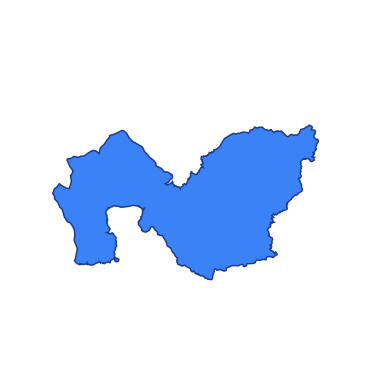 outline of Minahasa Selatan, Sulawesi Utara, Indonesia, rotated 233°
{"feature_id": "22746128B98133955192071", "entity_name": "Minahasa Selatan", "entity_type": "district", "adm_level": 2, "iso_a3": "IDN", "parent_name": "Indonesia", "parent_adm1": "Sulawesi Utara", "projection": "mercator", "projection_center": [124.506, 1.071], "detail": "fine", "context": "isolated", "style": "filled", "palette": "blue", "viewbox_px": 384, "rotation_deg": 233, "n_neighbors": 0, "source": "geoboundaries", "source_scale": "gbopen_adm2", "svg_char_len": 6077}
<svg xmlns="http://www.w3.org/2000/svg" viewBox="0 0 384 384"><g transform="rotate(233 192 192)"><path d="M150.1,312.9L151.5,317.2L152.3,317.3L152.4,316.9L153.9,318.5L154.4,319.9L155.6,320.5L155.7,322.0L156.7,323.7L158.4,324.1L159.3,322.9L161.3,322.4L162.9,322.6L164.3,324.0L164.4,325.5L165.3,325.5L166.2,327.2L167.4,327.2L169.9,324.8L171.3,327.2L173.6,326.6L174.9,325.8L174.7,323.5L175.3,322.0L175.0,319.9L176.4,316.7L176.2,315.8L175.5,315.4L175.4,314.2L174.3,313.1L174.3,309.6L175.5,308.8L176.1,307.3L178.1,306.2L178.5,305.0L178.3,302.0L179.5,301.2L186.7,300.1L188.2,297.6L189.4,297.4L190.5,293.0L194.3,292.7L195.0,290.0L196.1,289.6L197.7,287.9L201.5,287.1L203.4,284.5L204.0,282.3L206.0,281.4L205.2,277.2L206.1,276.6L206.4,275.5L205.1,274.0L205.2,272.9L208.6,269.5L209.6,267.8L210.3,265.1L211.4,263.7L211.7,262.0L213.7,260.7L214.5,257.3L215.1,250.1L211.7,241.4L211.4,237.9L212.1,235.3L212.6,234.9L211.2,233.6L211.6,232.4L211.3,231.8L212.0,231.7L211.5,231.0L213.2,229.7L211.9,227.7L212.3,226.4L211.8,226.0L211.7,225.2L212.5,225.0L213.1,222.8L213.8,223.0L213.8,222.0L214.6,220.8L212.7,218.9L211.9,218.9L211.3,219.6L210.5,218.6L208.7,218.3L208.4,217.4L208.0,217.7L207.8,217.2L208.3,215.5L205.1,215.5L205.8,215.1L206.0,213.3L205.1,211.7L205.1,210.6L204.2,210.4L203.8,209.7L204.2,208.2L203.3,207.4L203.4,205.7L206.8,203.5L208.3,204.0L208.7,203.6L207.5,201.8L205.4,200.3L204.9,198.7L204.1,198.6L204.1,197.9L205.0,196.9L203.9,195.9L201.5,192.0L201.5,191.4L203.1,191.1L203.4,189.3L202.0,188.2L202.5,185.8L201.7,184.6L202.9,184.9L204.0,184.6L205.2,183.0L206.5,182.9L207.1,181.6L207.4,182.3L210.5,181.3L210.9,182.2L212.2,182.6L211.4,180.2L212.0,179.0L212.2,176.7L214.6,175.6L214.0,179.0L215.2,182.2L214.7,184.1L215.7,185.4L218.0,186.5L222.6,184.5L224.7,182.0L229.4,181.7L234.6,178.9L236.4,180.3L237.8,180.5L240.6,180.3L245.6,178.9L247.5,179.1L253.3,178.4L255.3,179.1L258.2,179.3L268.4,174.9L273.1,174.5L278.6,175.1L282.1,174.3L283.3,173.1L284.6,165.8L286.7,160.2L285.7,159.5L285.2,158.5L284.9,156.3L282.9,150.5L282.7,147.2L282.0,144.8L278.6,140.9L281.6,140.4L283.5,139.4L284.9,137.8L285.6,133.4L285.7,127.4L287.4,124.9L288.1,122.0L291.5,119.2L291.6,115.7L293.3,112.3L292.8,111.4L285.0,109.7L281.0,109.8L279.4,108.4L278.1,104.8L273.2,102.2L269.5,97.4L268.7,95.9L270.3,94.2L275.0,91.9L278.5,91.0L277.1,86.7L277.4,84.2L274.6,79.9L271.5,79.7L269.1,78.1L264.4,78.6L259.5,77.3L255.9,77.9L249.0,75.1L246.2,74.8L243.0,74.6L241.8,75.6L239.8,76.3L233.3,75.6L228.6,72.9L224.3,68.8L215.8,66.4L209.2,59.2L207.8,56.8L204.2,57.0L202.0,58.4L202.0,58.0L201.5,58.9L202.1,59.4L201.0,59.9L201.2,60.3L199.5,61.6L198.4,64.0L197.6,64.4L197.7,64.9L198.1,64.9L198.4,65.4L197.2,64.9L197.2,65.6L195.8,66.2L193.5,68.3L192.8,72.3L193.1,72.8L192.2,74.1L192.3,75.8L190.9,76.1L191.6,76.5L188.5,77.9L188.4,78.7L187.6,78.8L187.0,82.2L185.9,83.5L184.9,83.8L184.9,84.3L186.4,86.0L185.7,88.8L186.2,91.3L186.9,91.1L189.0,93.0L190.9,93.7L192.5,96.5L193.8,97.6L194.0,98.9L195.3,100.0L196.9,100.4L197.1,101.1L198.5,102.1L199.8,102.3L201.6,104.0L203.9,103.5L206.2,104.1L207.4,103.6L208.0,101.1L208.5,101.2L209.9,99.8L211.0,99.5L210.2,100.9L211.7,104.4L215.9,104.5L219.1,105.7L219.2,105.3L219.3,106.6L219.7,106.9L220.2,107.2L221.3,106.6L220.7,107.5L220.9,108.1L223.5,109.1L224.4,110.0L227.1,110.5L228.6,111.8L229.1,115.3L229.6,115.5L229.0,115.7L228.7,118.6L228.2,119.6L228.5,119.9L227.9,121.3L225.4,124.1L222.5,126.2L219.2,131.6L216.9,136.8L213.5,140.2L212.2,140.7L213.0,141.6L211.8,140.9L210.6,141.7L208.3,141.8L207.7,144.2L206.6,142.4L206.7,141.1L204.2,139.3L204.1,138.6L203.0,137.8L202.5,136.4L202.8,136.1L201.4,135.6L200.6,131.3L198.1,129.6L194.1,129.9L192.4,129.4L191.8,128.7L190.0,129.1L187.7,131.0L187.1,135.0L188.9,138.2L188.0,139.7L186.7,140.1L186.9,140.7L186.2,139.9L184.1,139.5L181.3,140.4L181.2,140.9L181.2,140.3L178.5,139.0L174.7,142.1L167.2,141.2L163.9,139.8L159.8,141.2L155.5,140.2L153.4,140.7L151.4,140.1L148.1,140.5L147.1,140.0L146.5,139.2L146.8,138.7L145.9,138.6L145.4,137.9L142.3,137.3L141.0,138.6L139.0,139.2L138.0,142.0L134.0,143.5L132.2,144.7L129.8,143.8L128.4,144.0L127.8,144.6L128.0,145.7L125.1,145.8L123.3,146.7L123.7,147.1L123.4,147.3L122.9,147.5L122.9,146.9L122.3,147.3L122.4,147.8L121.7,147.6L119.7,148.6L118.2,150.5L115.4,150.6L114.5,151.7L113.1,152.0L110.2,154.9L110.6,156.2L113.4,159.0L115.1,162.0L116.5,162.8L116.8,164.0L116.2,164.7L114.7,164.7L113.0,167.9L109.7,169.9L109.2,170.6L108.8,172.1L110.1,173.1L110.4,174.0L109.1,179.7L105.2,184.6L104.3,188.4L103.1,189.0L101.7,188.4L100.8,189.1L100.4,190.9L101.6,192.7L98.3,197.5L97.5,199.9L98.2,200.6L98.7,202.5L98.0,203.7L96.7,204.7L95.3,208.5L93.4,210.3L93.5,211.1L94.7,211.6L95.0,213.1L93.7,215.2L90.9,217.4L91.1,219.8L90.7,221.9L91.1,222.6L94.0,222.6L93.6,220.7L95.7,221.0L99.1,219.7L99.9,220.4L99.4,221.6L101.0,223.1L101.9,222.3L102.6,222.5L102.4,224.0L103.1,225.3L104.5,226.1L105.6,227.8L107.3,228.4L109.0,227.2L110.0,227.3L111.1,226.8L111.3,228.0L114.4,229.3L116.2,229.1L117.2,231.2L116.9,233.6L118.1,234.9L118.9,234.5L119.4,234.7L119.0,237.2L120.2,237.0L118.5,239.3L120.3,239.0L121.8,240.2L122.7,239.2L123.8,240.8L122.8,241.9L125.2,241.7L125.0,243.0L125.7,244.2L123.8,244.2L123.8,245.6L122.8,246.0L123.6,248.1L122.9,249.0L123.3,249.8L122.7,249.8L122.5,250.3L122.9,251.0L122.2,252.1L122.6,253.2L121.6,255.0L121.2,257.8L122.7,258.8L123.5,258.5L124.2,259.9L125.3,260.4L125.0,261.2L126.3,261.7L126.0,262.2L126.6,265.8L126.3,266.5L126.9,267.8L127.5,271.9L126.3,274.6L127.1,276.1L126.5,280.2L127.6,281.8L129.9,282.3L132.0,283.9L135.0,284.4L136.2,285.0L138.7,285.1L138.1,287.0L138.9,288.7L142.1,289.8L143.0,291.5L144.5,292.1L145.2,293.5L146.1,293.9L146.3,294.9L147.9,295.0L148.9,295.5L149.1,296.4L150.8,296.7L151.6,300.8L151.1,301.0L151.1,301.7L150.2,301.7L149.7,302.3L149.8,302.9L150.1,302.9L150.0,303.8L147.3,305.5L145.4,305.0L144.5,305.6L143.9,307.5L144.0,308.9L146.1,309.8L146.1,310.7L147.2,309.4L148.0,309.1L147.9,310.4L148.9,311.7L148.5,312.4L149.0,312.9L149.3,312.4L150.4,312.4L150.1,312.9ZM182.4,93.1L184.6,92.1L184.5,89.6L183.9,89.0L182.3,89.2L181.0,91.0L181.4,92.3L182.4,93.1Z" fill="#3b82f6" stroke="#1e3a8a" stroke-width="1.5"/></g></svg>